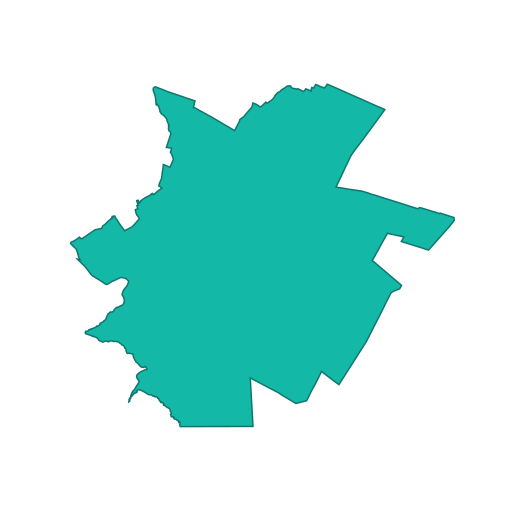 Villa Hidalgo, Zacatecas, Mexico (Robinson projection), rotated 195°
{"feature_id": "50627088B19487455211640", "entity_name": "Villa Hidalgo", "entity_type": "district", "adm_level": 2, "iso_a3": "MEX", "parent_name": "Mexico", "parent_adm1": "Zacatecas", "projection": "robinson", "projection_center": [-101.681, 22.407], "detail": "fine", "context": "isolated", "style": "filled", "palette": "teal", "viewbox_px": 512, "rotation_deg": 195, "n_neighbors": 0, "source": "geoboundaries", "source_scale": "gbopen_adm2", "svg_char_len": 6011}
<svg xmlns="http://www.w3.org/2000/svg" viewBox="0 0 512 512"><g transform="rotate(195 256 256)"><path d="M142.6,153.2L127.3,201.7L119.8,237.1L117.7,247.9L116.1,255.0L115.6,255.9L113.9,257.7L108.7,261.5L107.8,265.3L142.6,281.8L141.1,286.9L140.8,288.6L139.6,293.0L137.9,300.4L134.9,311.9L118.0,312.7L119.4,307.6L90.9,306.4L76.6,334.9L74.9,338.8L73.7,341.8L74.7,344.4L89.3,345.1L89.7,344.5L108.4,345.2L110.2,345.2L112.2,343.5L135.2,344.6L148.6,345.1L155.1,345.5L162.1,345.6L162.5,345.8L170.4,346.1L184.1,344.5L192.9,343.7L193.9,343.5L196.6,343.3L194.1,356.3L193.1,362.3L191.6,370.0L190.5,376.1L190.0,378.3L187.9,384.0L182.4,397.4L169.4,430.8L180.3,432.4L220.1,438.7L231.6,440.4L233.3,436.0L237.6,436.4L242.5,437.2L243.5,434.7L243.9,433.0L245.7,433.2L245.8,430.7L245.3,429.5L251.1,430.4L251.8,428.6L252.6,427.2L258.3,428.3L259.3,428.3L259.7,427.8L263.9,427.5L264.9,427.6L266.8,429.2L267.7,429.1L268.0,428.8L269.0,428.6L270.1,428.0L272.3,425.1L274.2,423.4L275.5,421.0L277.2,419.6L277.9,418.5L279.2,415.9L279.5,413.8L280.9,411.1L282.5,408.9L283.3,408.3L284.0,407.0L284.4,406.7L285.1,406.7L286.3,407.2L289.5,401.9L290.5,401.1L294.6,402.5L298.6,403.0L298.5,400.4L298.6,398.8L298.8,398.1L302.0,391.6L304.0,387.3L304.5,386.8L304.8,386.3L306.2,384.6L307.0,383.3L307.0,382.8L306.8,381.6L307.3,380.0L309.1,371.6L336.7,379.2L347.7,381.8L352.3,383.1L354.9,383.3L355.1,390.0L385.0,392.0L387.5,392.4L397.0,393.4L398.0,392.5L398.6,391.7L398.5,390.4L397.6,388.4L395.6,385.8L394.3,383.4L393.0,380.3L392.7,380.0L392.5,378.3L392.1,377.7L391.8,376.6L391.3,376.1L390.7,377.1L390.4,376.9L388.0,374.3L387.5,373.2L386.2,371.3L386.2,370.6L383.9,368.7L383.4,368.4L382.6,368.4L379.7,366.7L377.6,365.1L377.4,364.5L376.3,362.7L374.1,360.0L373.7,359.7L374.3,359.2L373.5,357.9L373.7,357.1L373.5,356.6L373.6,356.4L372.5,354.4L371.6,354.1L370.9,353.7L370.1,352.5L369.9,351.8L370.3,344.4L370.7,337.7L365.5,338.2L365.3,337.2L365.6,334.1L363.8,332.5L360.8,328.3L362.0,319.5L369.2,320.4L368.5,316.2L368.1,311.8L367.7,309.8L367.3,306.6L368.1,301.0L368.1,299.5L367.9,298.6L367.8,298.2L366.8,298.3L364.5,297.0L367.0,294.2L368.7,291.9L369.6,290.1L369.8,290.1L370.8,288.8L372.0,289.4L372.4,288.8L372.7,289.3L374.5,286.8L378.0,283.8L381.9,279.1L381.4,278.6L382.7,276.8L384.2,279.3L385.6,278.7L383.1,274.5L384.1,273.8L382.4,271.1L384.5,269.6L384.3,268.7L383.1,266.6L381.9,264.9L379.6,263.2L378.3,261.7L382.0,254.3L383.5,251.9L389.5,246.4L395.3,251.1L400.2,255.5L400.7,255.6L402.9,258.1L403.9,257.3L404.3,257.5L405.1,257.0L404.7,256.6L404.4,255.4L405.4,254.5L405.6,254.9L406.7,252.8L407.2,252.4L410.3,247.0L411.8,245.5L412.2,242.6L413.0,242.4L418.3,239.6L427.9,228.4L429.3,227.4L431.5,228.5L433.5,225.8L434.7,224.5L435.9,223.2L436.7,222.6L437.3,222.4L437.4,222.1L438.3,221.3L438.3,220.0L431.1,215.9L426.7,208.7L425.8,207.5L425.1,207.1L427.7,206.8L421.4,203.1L418.7,201.7L409.6,194.8L398.3,191.4L394.5,190.0L392.9,189.8L391.8,190.6L388.4,194.3L387.0,195.2L381.5,200.0L378.8,200.6L375.9,200.5L375.3,200.3L372.4,198.7L372.5,196.3L372.8,194.4L373.1,193.3L374.5,190.3L375.2,188.3L375.4,186.0L375.4,184.0L374.8,183.3L373.6,182.5L372.0,179.9L371.5,178.3L371.5,176.2L371.5,175.6L372.0,174.6L373.3,172.8L374.0,172.8L375.0,171.9L375.6,170.9L376.3,170.6L376.7,170.7L377.5,170.0L378.1,169.3L379.1,167.3L379.2,166.3L379.5,165.5L380.9,164.4L382.1,164.3L382.8,163.5L383.3,162.4L383.8,161.9L384.2,160.5L384.7,156.2L385.6,154.3L386.1,154.1L386.4,153.3L386.9,152.5L387.7,152.1L388.2,151.4L389.0,150.9L389.2,150.5L389.1,149.0L390.6,147.5L391.7,147.1L392.1,146.1L393.7,144.6L394.5,144.2L394.8,143.7L395.4,143.4L396.2,143.3L396.4,143.1L396.4,142.5L396.6,142.2L397.0,142.0L397.6,142.0L398.3,141.5L399.1,140.0L399.5,139.6L400.2,139.4L400.8,138.9L401.1,139.0L401.0,137.4L400.1,136.8L394.2,136.5L393.2,136.0L392.6,136.5L391.3,136.0L390.0,136.3L387.5,135.3L386.1,133.9L385.3,133.7L383.7,133.6L382.4,133.2L381.7,133.2L381.0,133.5L380.5,134.2L379.7,134.7L378.4,135.1L376.1,134.9L375.7,135.6L375.0,136.2L372.3,136.8L371.2,136.6L369.2,137.3L368.2,137.2L367.2,137.4L366.1,137.1L364.8,136.5L363.9,136.4L362.5,135.3L361.6,135.4L359.9,134.7L358.9,133.1L358.0,133.0L357.2,131.8L356.9,130.6L355.8,129.2L355.0,128.6L353.4,129.2L349.9,129.4L349.7,129.5L349.4,129.3L349.2,128.9L349.0,128.2L348.4,127.1L346.2,124.2L345.3,123.6L344.6,122.7L342.4,121.7L338.8,119.3L337.6,119.0L335.5,119.4L334.6,120.6L331.8,118.7L332.1,118.1L334.0,117.1L337.5,114.2L338.9,112.5L339.7,111.3L340.2,110.3L340.2,109.1L340.0,108.4L339.7,107.7L338.7,106.6L337.8,105.9L337.0,105.6L336.7,105.3L336.5,104.6L336.5,103.8L336.7,102.5L337.7,99.7L338.8,95.5L339.6,94.5L339.8,93.8L340.2,93.1L340.8,88.3L340.6,87.3L340.8,86.7L341.4,85.4L341.4,85.0L341.1,82.3L340.4,83.2L340.8,83.5L340.9,83.9L340.8,84.3L340.9,84.6L340.6,85.0L340.7,85.5L340.2,86.2L340.5,86.7L340.2,87.5L340.4,87.8L340.0,88.3L339.6,88.4L339.5,89.3L339.0,89.7L339.1,90.3L338.6,90.7L338.1,91.9L336.9,92.5L336.0,93.4L335.6,94.0L336.1,94.7L336.1,95.4L335.6,96.1L334.0,96.5L332.0,96.5L327.3,95.4L325.9,94.8L323.7,94.3L321.4,94.7L320.6,94.6L319.7,94.1L318.4,94.1L318.0,94.3L317.5,94.2L317.3,93.9L316.8,93.9L316.6,93.9L316.2,94.2L315.3,94.2L314.8,94.1L314.3,93.4L314.2,93.3L314.0,93.5L313.4,93.1L312.9,93.0L312.5,92.0L311.4,91.3L311.3,90.9L310.5,90.7L310.4,90.4L310.1,90.0L309.9,90.2L309.8,90.5L309.4,90.4L309.2,90.0L309.0,89.9L308.2,90.2L307.7,90.2L307.2,89.5L307.0,88.6L306.7,88.0L306.4,87.9L306.0,88.4L305.9,88.5L305.6,88.4L305.0,87.7L303.7,87.1L300.5,86.3L299.8,85.8L298.9,84.9L298.6,83.9L298.3,83.5L297.8,83.5L297.4,82.8L297.0,81.6L297.1,81.3L297.4,81.1L297.5,80.6L297.0,80.2L296.4,79.2L296.3,78.8L295.9,78.8L294.7,79.2L294.1,79.3L293.6,79.1L293.8,78.9L293.9,78.4L293.4,77.9L292.9,77.6L292.0,77.4L291.1,77.7L290.9,77.7L290.5,77.5L289.5,76.6L288.1,76.8L287.5,75.2L287.3,75.3L287.1,75.8L286.9,76.0L286.6,75.9L286.0,74.4L286.0,72.8L285.3,72.2L285.0,71.6L214.8,90.6L230.0,136.8L226.9,136.0L199.3,129.8L194.2,128.1L179.3,123.9L169.6,129.3L167.8,138.5L166.7,143.4L165.7,147.2L162.8,161.4L148.3,155.4L142.6,153.2Z" fill="#14b8a6" stroke="#0f766e" stroke-width="1.5"/></g></svg>